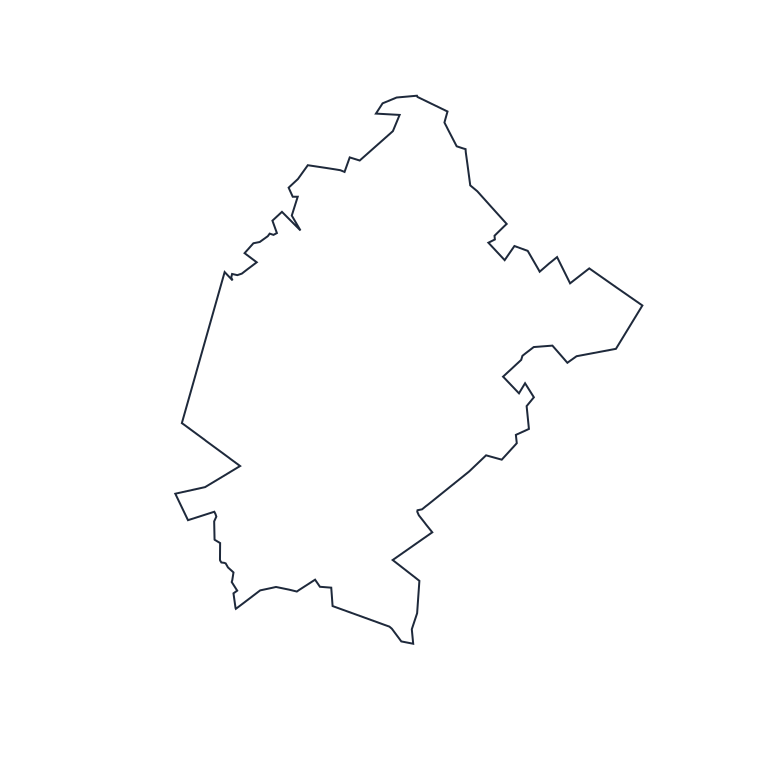 Moctezuma, Sonora, Mexico (Equal Earth projection), rotated 143°
{"feature_id": "50627088B96835442150704", "entity_name": "Moctezuma", "entity_type": "district", "adm_level": 2, "iso_a3": "MEX", "parent_name": "Mexico", "parent_adm1": "Sonora", "projection": "equal_earth", "projection_center": [-109.717, 29.748], "detail": "fine", "context": "isolated", "style": "outline", "palette": "slate", "viewbox_px": 768, "rotation_deg": 143, "n_neighbors": 0, "source": "geoboundaries", "source_scale": "gbopen_adm2", "svg_char_len": 2146}
<svg xmlns="http://www.w3.org/2000/svg" viewBox="0 0 768 768"><g transform="rotate(143 384 384)"><path d="M495.5,181.0L474.2,205.5L483.0,238.2L434.7,236.5L435.0,246.2L435.0,249.1L435.2,258.2L434.3,262.0L433.2,263.0L429.0,261.0L424.2,261.2L421.9,261.2L368.7,262.9L366.9,263.1L365.3,263.3L345.4,265.6L335.5,252.7L313.6,256.8L309.3,264.0L295.3,260.9L283.4,280.5L272.3,283.2L270.9,299.7L279.9,296.1L281.8,295.3L281.9,296.0L284.4,317.6L284.5,318.2L259.9,320.7L256.5,323.2L252.6,323.3L242.2,323.4L226.4,313.3L225.4,299.6L224.8,290.6L213.5,290.3L179.4,273.4L177.6,272.5L130.4,291.2L140.2,321.0L150.5,352.8L174.8,352.4L169.4,381.2L177.8,380.9L179.3,380.9L192.1,380.0L191.8,381.8L189.1,403.8L196.8,415.7L213.1,410.3L215.6,434.0L208.5,432.7L206.5,435.9L193.5,437.6L189.7,438.0L191.8,461.8L193.5,481.8L194.1,484.4L195.6,490.7L185.0,509.5L179.2,519.9L177.5,522.5L179.1,524.6L182.9,530.1L179.8,548.4L179.1,552.2L178.4,556.4L177.3,557.3L169.3,563.4L184.5,593.1L184.4,593.5L184.2,594.4L201.5,605.2L216.2,609.0L227.7,604.8L209.6,589.5L224.7,580.6L268.9,577.1L275.0,585.6L287.9,577.1L290.2,581.0L294.1,585.1L294.5,585.5L301.0,592.2L301.6,592.8L313.2,604.6L315.0,604.0L329.4,599.5L342.0,598.2L344.2,588.5L340.2,585.5L356.3,574.0L358.3,556.9L361.9,582.9L374.8,581.6L378.7,569.0L382.5,569.6L384.8,572.9L387.8,572.0L397.8,572.2L403.6,575.0L416.6,572.4L412.4,557.8L424.5,557.8L431.1,557.7L435.6,559.2L439.1,563.3L441.9,561.0L442.6,557.9L443.9,569.3L527.2,506.1L527.3,506.0L569.0,474.4L568.1,471.7L567.9,471.0L560.7,446.9L560.4,445.6L560.0,444.3L552.1,418.0L551.8,416.8L551.4,415.5L548.3,405.1L587.7,409.2L588.9,409.3L616.7,422.0L622.5,393.2L596.4,384.1L596.8,381.8L597.7,379.0L602.3,376.5L612.9,361.8L613.0,361.5L610.6,355.6L620.5,342.7L621.1,341.7L621.3,339.3L619.2,337.3L618.4,336.0L619.0,331.4L617.6,324.1L623.3,318.6L624.8,317.5L625.6,307.3L630.2,307.4L637.4,294.4L637.6,293.6L632.9,293.6L607.1,293.7L596.8,288.9L592.4,286.9L583.5,276.8L578.5,270.7L575.9,270.6L556.8,269.2L557.2,260.6L548.7,253.1L558.7,237.6L553.1,229.0L528.8,191.7L525.7,187.0L525.0,183.9L525.1,168.0L517.0,159.0L509.4,171.4L495.5,181.0Z" fill="none" stroke="#1e293b" stroke-width="2"/></g></svg>